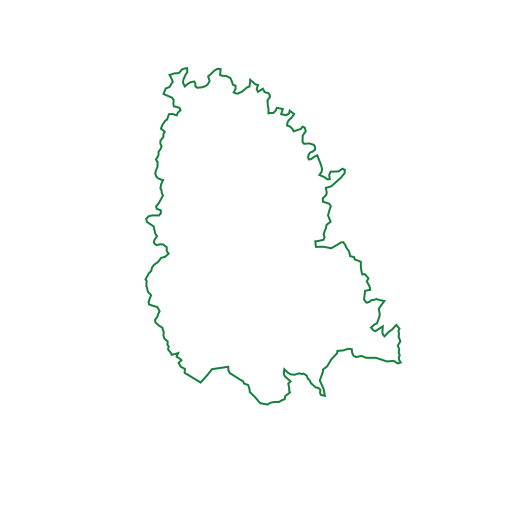 Itacurubi, Rio Grande do Sul, Brazil (Equal Earth projection), rotated 38°
{"feature_id": "56859067B45448727576275", "entity_name": "Itacurubi", "entity_type": "district", "adm_level": 2, "iso_a3": "BRA", "parent_name": "Brazil", "parent_adm1": "Rio Grande do Sul", "projection": "equal_earth", "projection_center": [-55.272, -28.816], "detail": "fine", "context": "isolated", "style": "outline", "palette": "green", "viewbox_px": 512, "rotation_deg": 38, "n_neighbors": 0, "source": "geoboundaries", "source_scale": "gbopen_adm2", "svg_char_len": 4616}
<svg xmlns="http://www.w3.org/2000/svg" viewBox="0 0 512 512"><g transform="rotate(38 256 256)"><path d="M218.4,127.1L215.4,124.9L213.1,125.4L213.1,128.3L208.9,134.6L206.8,133.5L204.4,133.2L202.6,133.1L200.3,134.1L198.9,132.1L198.2,129.2L198.9,125.2L198.7,120.7L193.1,120.7L194.3,123.4L192.9,126.8L191.0,127.4L188.6,128.8L187.6,126.5L186.7,123.7L184.1,124.9L181.2,126.5L182.0,129.2L181.6,132.6L179.4,134.3L178.0,135.9L175.2,132.3L172.7,130.2L169.2,126.2L169.1,122.1L167.6,120.6L165.4,120.1L161.9,121.5L158.4,120.0L157.4,122.9L156.5,125.4L153.8,124.1L152.3,120.0L149.9,121.0L147.9,121.0L143.0,120.7L144.5,123.0L146.5,126.4L145.0,129.0L144.6,131.5L143.7,135.3L141.6,139.4L139.9,140.3L137.7,140.8L137.0,136.9L135.0,134.4L132.4,135.2L129.1,133.1L126.4,131.6L123.7,132.0L121.3,132.7L118.3,134.9L116.2,135.4L113.0,130.5L110.4,132.3L109.1,135.4L108.5,139.6L107.7,143.9L111.7,146.7L112.3,150.4L111.5,153.5L109.3,156.6L106.1,159.6L103.9,159.7L101.9,157.3L99.9,156.5L97.3,159.6L96.1,162.9L95.5,166.2L93.2,165.1L91.4,164.0L90.1,161.3L88.9,156.6L88.7,153.5L86.1,150.4L84.3,152.2L82.8,154.7L82.6,159.4L79.4,162.2L77.6,164.8L76.4,166.6L78.4,167.3L83.1,169.9L83.8,176.0L81.7,179.6L83.4,185.3L92.5,182.9L95.1,183.8L97.1,186.8L99.1,188.6L104.4,186.3L106.8,187.6L106.2,191.1L106.9,194.0L102.5,195.6L100.1,197.9L101.9,203.1L101.2,205.2L101.6,210.6L102.7,214.2L107.6,214.3L108.0,216.9L109.7,219.2L109.7,224.0L111.5,226.4L114.0,227.6L114.9,230.2L115.1,233.9L117.2,236.9L117.8,241.6L120.5,242.5L123.4,246.2L124.6,250.4L125.8,253.0L128.3,254.7L130.4,255.1L133.5,254.5L136.0,253.4L137.1,257.9L139.0,261.5L141.2,262.5L142.7,264.1L145.5,265.6L146.9,274.5L146.7,278.4L148.7,279.9L152.8,278.6L154.7,280.8L154.6,283.8L149.3,287.8L147.1,290.5L146.5,294.2L149.1,296.3L157.1,295.7L162.9,300.4L165.8,301.3L166.0,305.3L166.8,307.7L168.4,308.8L171.0,308.6L173.3,305.7L175.5,304.2L180.2,304.0L182.6,307.1L185.7,307.9L185.0,312.4L182.4,316.0L182.5,320.9L181.1,325.6L181.2,329.2L182.7,332.3L182.2,335.5L183.3,342.4L185.1,342.9L188.1,347.2L190.7,348.9L192.8,350.8L197.5,351.4L198.4,354.8L199.8,358.6L201.6,360.0L204.5,359.0L209.6,357.0L214.0,358.8L214.7,362.0L215.6,364.2L215.8,368.5L217.7,370.3L222.7,370.6L226.2,370.1L230.3,372.9L231.6,375.2L234.5,377.4L239.1,377.8L240.8,380.4L243.0,381.1L244.2,383.8L248.6,384.7L250.3,385.8L252.5,383.2L254.4,380.4L255.4,384.2L259.4,383.8L261.4,384.0L260.8,387.9L265.0,389.6L269.4,388.7L271.7,392.0L290.3,389.8L291.0,379.0L291.0,372.3L302.3,360.4L304.5,362.9L307.6,364.5L309.5,364.2L319.5,363.2L322.8,362.7L325.2,363.8L329.3,362.5L332.6,364.7L334.9,367.0L342.2,367.8L349.9,369.4L356.5,366.0L357.7,362.9L359.5,360.6L362.3,358.2L363.9,357.0L365.3,353.6L366.7,351.2L365.3,348.2L366.8,342.7L364.9,341.5L363.5,339.6L360.0,336.7L360.4,333.5L353.1,333.1L350.5,331.8L348.0,327.8L353.6,328.3L356.3,327.8L359.3,326.0L362.3,321.8L364.6,321.0L365.9,319.4L369.7,319.0L372.0,320.6L375.2,321.0L377.0,322.2L379.3,322.5L384.1,322.8L386.5,321.5L389.1,321.8L390.9,324.6L392.7,325.5L396.3,323.8L391.2,319.2L382.9,314.8L380.1,306.3L378.7,304.2L380.0,299.2L379.0,291.0L379.8,282.6L378.6,280.7L383.1,276.4L385.7,272.4L388.9,270.5L391.3,273.0L394.1,274.5L397.2,274.0L400.5,269.9L405.6,268.3L413.2,262.4L424.1,258.5L429.0,253.9L433.8,253.4L435.6,250.8L433.2,250.0L431.0,248.0L430.4,245.8L427.8,244.2L426.3,241.3L422.9,239.3L422.3,234.4L417.8,231.6L416.9,229.6L414.5,227.5L413.8,224.9L409.0,224.0L408.5,230.1L407.2,234.7L406.7,240.2L404.5,239.8L402.6,238.4L399.2,233.4L396.3,241.8L394.3,242.3L390.7,241.6L391.5,237.0L392.8,234.5L390.4,227.4L388.8,225.1L385.3,222.1L385.0,219.0L384.9,212.4L381.3,214.2L377.3,215.9L375.8,218.1L374.3,219.3L373.6,222.4L371.9,224.7L370.1,224.4L367.9,223.7L363.4,216.3L366.8,212.3L364.1,210.0L358.9,207.8L358.4,204.4L352.9,203.3L351.1,205.1L348.8,203.4L345.6,200.3L342.1,196.0L335.9,197.9L333.9,196.5L330.2,198.2L328.1,196.3L326.2,195.0L323.6,194.3L321.1,193.3L319.5,192.3L316.2,191.4L314.3,193.5L313.6,196.0L312.4,198.9L310.5,203.6L303.9,206.9L297.6,211.9L293.7,208.0L296.3,205.3L299.3,201.6L298.4,198.9L296.2,197.5L295.0,194.8L294.0,191.1L292.4,188.0L293.7,183.1L287.8,179.7L286.2,176.1L284.3,170.7L281.6,169.7L275.4,172.0L273.1,169.4L273.8,164.8L272.7,162.5L269.1,159.3L272.4,154.8L274.7,142.1L274.8,136.1L273.0,133.5L270.4,133.9L268.9,138.6L266.3,140.8L262.9,143.6L263.8,147.1L266.8,150.0L265.2,151.6L261.1,151.8L256.1,153.1L255.8,149.0L254.5,146.8L251.5,144.4L242.3,139.0L240.7,142.2L239.7,145.9L238.1,147.4L236.2,146.1L235.1,143.7L235.0,141.1L236.5,138.5L237.0,135.8L235.5,133.8L233.1,132.8L228.7,134.5L224.8,138.0L222.5,137.5L218.6,132.3L218.4,127.1Z" fill="none" stroke="#15803d" stroke-width="2"/></g></svg>